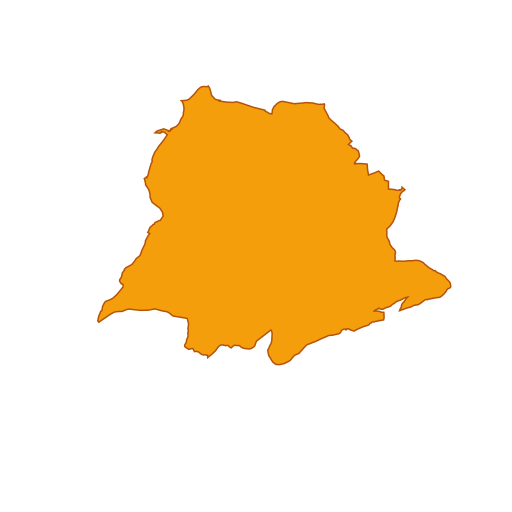 outline of Sanpetru De Campie, Mures, Romania, rotated 134°
{"feature_id": "2599482B10732475322024", "entity_name": "Sanpetru De Campie", "entity_type": "district", "adm_level": 2, "iso_a3": "ROU", "parent_name": "Romania", "parent_adm1": "Mures", "projection": "equal_earth", "projection_center": [24.255, 46.729], "detail": "fine", "context": "isolated", "style": "filled", "palette": "amber", "viewbox_px": 512, "rotation_deg": 134, "n_neighbors": 0, "source": "geoboundaries", "source_scale": "gbopen_adm2", "svg_char_len": 6107}
<svg xmlns="http://www.w3.org/2000/svg" viewBox="0 0 512 512"><g transform="rotate(134 256 256)"><path d="M412.5,324.8L412.9,323.2L412.4,323.0L399.6,320.4L396.1,319.4L394.2,318.6L391.6,316.5L388.9,313.8L384.2,311.8L381.9,310.0L380.3,307.7L375.2,301.2L369.7,295.8L364.9,292.4L363.9,291.4L361.0,285.9L358.3,281.9L357.8,280.9L357.2,278.6L356.9,274.7L356.7,273.9L349.0,262.6L348.8,261.9L351.4,257.8L351.9,257.1L355.7,254.4L356.9,252.6L358.8,251.5L358.7,251.4L361.1,249.0L364.5,247.7L366.1,246.4L369.7,245.4L370.6,244.3L370.7,243.7L369.9,239.6L368.9,238.8L367.1,237.9L366.7,237.4L366.6,236.6L367.4,234.3L367.4,233.6L366.5,233.2L365.3,231.4L365.0,230.8L364.6,227.1L364.2,226.0L363.8,225.2L362.2,223.7L361.8,222.8L361.0,221.9L362.6,220.2L357.3,219.5L352.1,219.3L348.4,219.9L346.9,220.0L344.9,219.6L344.0,219.1L343.5,218.7L341.3,215.2L340.5,214.8L339.8,214.1L339.7,213.8L339.9,212.3L339.3,210.0L336.3,209.9L335.6,209.7L334.8,209.1L333.3,207.1L332.0,205.8L331.8,202.8L330.5,200.0L327.7,196.4L326.1,195.3L323.4,194.5L321.4,194.5L319.0,195.7L316.8,196.5L298.9,193.9L299.2,192.5L300.5,190.6L306.0,185.8L308.4,184.4L311.6,183.6L313.1,182.8L315.2,182.3L315.8,181.9L318.2,178.6L318.7,177.7L319.2,176.3L319.3,175.1L320.2,172.2L320.6,169.9L320.4,167.3L319.9,166.0L318.0,163.8L313.5,160.8L307.7,158.9L301.0,159.3L299.4,158.8L296.7,157.6L295.8,157.5L286.4,157.8L284.6,157.7L283.0,157.1L282.7,156.8L277.7,154.6L276.2,153.8L271.0,151.9L262.6,148.4L259.5,145.7L254.5,142.5L253.3,142.1L252.2,142.0L250.5,142.7L249.6,142.7L247.8,142.1L246.0,140.5L246.5,139.9L244.8,139.5L244.0,139.0L243.7,137.0L241.9,133.3L239.1,132.5L232.9,130.0L227.3,127.0L225.2,127.2L224.8,127.1L224.2,126.6L223.4,126.8L222.5,126.4L221.3,125.2L220.1,124.6L218.3,123.3L217.1,122.8L217.1,122.4L216.1,121.8L213.3,119.8L212.5,120.4L211.5,120.9L207.7,124.9L209.6,127.1L209.9,128.5L210.7,129.6L212.4,131.7L213.6,132.7L213.0,132.9L210.4,132.1L209.2,131.3L208.7,131.2L208.2,131.5L207.7,129.7L207.3,128.8L205.9,127.6L203.0,126.7L201.5,125.7L199.2,124.6L197.2,124.2L196.0,124.4L194.4,123.7L191.4,123.3L188.8,122.3L187.8,121.5L182.6,119.9L180.3,118.4L182.5,118.4L185.5,117.8L187.7,117.8L189.0,117.6L191.0,116.7L191.4,116.2L194.4,115.3L195.6,114.7L188.3,111.2L186.9,110.2L184.9,109.1L182.0,108.2L178.3,105.5L175.7,104.8L169.7,103.9L168.5,102.5L167.2,102.0L166.5,101.3L162.6,98.7L160.2,96.9L158.6,95.5L157.7,95.0L156.4,94.7L152.7,94.4L148.8,94.8L147.6,95.3L145.9,95.1L145.0,94.5L143.1,94.4L141.9,95.6L140.6,97.5L140.2,98.6L140.0,103.7L139.6,105.0L139.5,106.4L140.1,108.4L140.7,111.2L141.5,112.8L142.2,115.5L142.0,116.9L143.1,117.9L143.3,119.8L143.9,121.8L144.4,124.5L144.4,126.2L144.7,128.8L144.6,130.0L144.6,131.2L145.3,133.6L146.2,135.6L147.5,137.4L149.2,139.1L150.6,140.0L153.2,142.7L157.6,146.5L160.5,150.0L161.0,150.0L161.6,150.7L163.0,152.6L160.6,154.7L158.8,156.7L156.9,157.7L156.0,158.9L155.3,160.6L155.4,163.8L154.9,166.0L154.8,167.2L152.9,170.3L151.3,175.2L148.3,178.1L145.8,180.7L143.4,180.5L140.6,180.5L136.1,181.2L131.6,182.9L126.6,185.4L121.9,188.5L121.6,188.4L120.0,189.8L119.5,190.1L116.5,191.4L114.6,191.6L114.5,191.8L114.6,192.9L114.5,193.3L113.4,194.2L110.4,195.3L108.1,195.4L106.2,195.0L104.9,194.9L105.1,198.7L105.7,198.2L107.2,197.7L108.5,197.9L108.6,198.3L108.4,198.6L108.7,198.8L109.1,198.5L111.5,201.0L111.5,201.8L111.8,202.3L115.8,207.2L110.3,212.6L112.1,216.1L112.0,216.5L110.1,218.9L109.5,219.9L109.7,220.1L109.8,223.0L109.7,226.8L113.3,228.2L119.6,231.3L116.3,235.8L112.7,239.9L116.0,244.0L119.7,248.0L120.3,248.1L121.1,248.9L120.5,249.2L120.5,249.6L121.0,250.1L120.1,249.8L117.8,250.2L116.0,250.1L112.5,250.7L111.4,251.9L109.4,255.4L109.4,256.2L109.7,257.0L109.5,258.0L109.7,259.2L110.4,260.3L110.9,260.7L111.2,261.5L111.2,262.7L110.8,263.5L110.8,263.9L111.0,265.2L111.3,265.6L111.3,266.5L111.5,267.0L106.8,266.8L107.0,269.6L105.9,271.7L105.3,273.8L105.2,274.8L105.4,277.9L105.1,280.5L105.4,281.7L106.2,283.5L106.2,284.4L105.7,287.0L105.8,292.7L106.1,295.4L106.0,299.8L105.2,301.2L102.4,309.7L99.4,311.9L99.1,312.5L100.9,313.8L103.7,316.6L106.4,321.3L111.0,326.7L113.8,328.9L120.0,334.4L126.0,343.9L127.0,344.9L128.5,345.9L131.3,346.7L136.2,346.8L139.7,345.6L141.3,344.2L142.9,343.3L144.5,346.2L144.9,348.8L145.4,350.2L144.9,350.9L150.8,361.1L156.2,372.6L158.2,376.5L158.6,377.1L161.7,379.4L165.7,384.0L169.6,389.5L168.9,389.8L169.7,391.1L170.2,390.8L170.9,393.0L171.5,394.0L171.6,394.9L171.3,399.1L170.8,400.4L168.9,403.3L167.8,405.4L167.3,406.5L166.9,408.5L168.1,408.7L170.5,411.5L172.4,412.8L173.5,413.1L176.7,413.4L182.1,412.9L188.8,413.0L190.3,413.3L192.2,414.2L193.2,414.9L196.1,417.6L196.1,416.8L196.7,414.9L197.9,412.8L198.8,411.6L199.6,410.6L201.5,408.9L203.6,407.6L205.5,406.0L206.2,405.7L209.8,405.1L213.2,403.7L214.4,403.4L217.9,403.3L222.4,405.0L222.9,405.5L223.6,405.5L223.6,404.8L223.9,405.1L224.4,405.1L224.8,404.9L225.1,405.1L225.5,404.8L225.5,405.3L225.7,405.5L226.1,405.1L226.5,405.4L227.0,405.3L227.1,405.6L226.9,405.8L227.0,406.8L228.6,410.7L235.0,414.1L237.5,414.2L234.9,411.2L234.4,410.3L232.6,409.8L232.6,410.3L231.9,410.3L230.8,408.2L230.5,406.6L230.5,404.0L237.5,402.8L244.6,402.2L247.2,401.6L251.8,400.9L256.9,398.9L259.3,397.5L259.8,396.4L262.2,395.7L270.3,391.5L271.9,390.3L275.4,389.0L275.3,389.7L278.0,390.1L278.4,389.1L279.6,387.3L280.8,385.5L281.6,384.8L282.4,380.5L282.9,378.9L284.9,375.6L286.1,374.1L287.3,373.1L289.4,368.4L289.4,366.8L289.0,363.1L288.4,358.8L288.5,357.7L289.3,354.5L289.9,352.9L290.8,351.9L291.5,350.8L292.2,350.3L293.5,350.3L297.0,349.5L297.7,350.3L299.4,350.8L301.0,351.5L302.3,351.9L303.9,351.3L304.8,351.9L305.9,351.8L308.8,352.1L309.5,352.0L311.0,351.3L314.3,350.2L313.7,348.0L316.3,347.7L321.6,346.2L324.5,344.2L331.4,342.0L332.4,341.4L333.4,341.1L333.7,340.6L335.5,340.2L336.2,339.7L341.0,340.4L343.8,339.8L348.4,339.4L355.0,341.5L357.3,341.3L357.6,340.8L360.8,340.5L364.8,338.1L367.2,337.7L367.9,337.5L368.5,337.0L369.0,336.1L369.6,333.4L368.8,332.2L369.7,330.9L370.9,330.1L380.2,329.3L385.8,329.6L388.7,330.6L393.1,332.6L393.9,332.7L396.5,332.1L399.1,331.2L401.9,329.2L402.4,329.0L403.5,329.3L409.0,327.1L412.5,324.8Z" fill="#f59e0b" stroke="#b45309" stroke-width="1.5"/></g></svg>